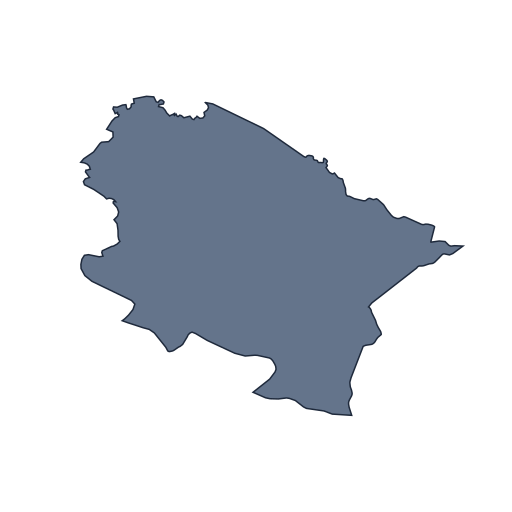 an SVG outline of Alta Verapaz, rotated 17°
{"feature_id": "GTM-1948", "entity_name": "Alta Verapaz", "entity_type": "Department", "adm_level": 1, "iso_a3": "GTM", "parent_name": "Guatemala", "parent_adm1": "", "projection": "albers", "projection_center": [-90.124, 15.617], "detail": "fine", "context": "isolated", "style": "filled", "palette": "slate", "viewbox_px": 512, "rotation_deg": 17, "n_neighbors": 0, "source": "natural_earth", "source_scale": "10m", "svg_char_len": 4338}
<svg xmlns="http://www.w3.org/2000/svg" viewBox="0 0 512 512"><g transform="rotate(17 256 256)"><path d="M162.7,124.1L162.8,124.0L170.2,123.2L226.0,131.9L272.6,146.9L274.4,147.1L274.9,146.8L274.9,146.7L275.1,146.4L275.3,145.8L276.0,145.0L277.2,144.3L280.2,143.9L281.4,144.2L282.1,145.0L282.3,146.0L283.1,146.9L284.1,147.1L285.6,146.8L286.4,146.8L286.8,146.9L287.9,148.1L288.5,148.3L289.3,148.1L290.1,147.8L292.3,147.3L292.8,147.0L293.0,146.8L293.0,146.7L293.0,146.4L292.9,145.9L292.3,143.6L292.4,142.8L292.9,142.7L293.4,142.8L295.5,143.7L296.1,144.1L296.5,144.6L296.5,145.3L296.3,145.9L296.2,146.5L296.0,146.8L296.4,147.5L297.2,148.0L297.7,148.4L297.8,149.0L297.1,151.0L301.8,154.6L304.9,155.2L305.6,154.9L306.8,153.7L311.6,157.0L314.1,157.3L315.7,157.0L316.3,157.4L317.2,158.5L318.1,160.3L321.7,165.1L322.4,166.8L322.8,168.2L324.1,170.8L325.1,171.6L326.0,172.0L326.8,171.8L327.8,171.6L328.9,171.7L333.2,172.4L342.4,171.8L343.9,171.4L344.4,171.1L344.7,170.9L345.0,170.5L346.2,168.8L346.7,168.3L347.2,167.9L347.9,167.6L348.7,167.6L351.1,167.8L351.9,167.7L353.4,166.8L354.4,166.1L355.2,166.2L356.0,166.4L362.5,169.4L363.2,169.8L367.6,173.5L373.3,177.4L374.9,178.2L376.1,178.7L379.8,178.9L381.3,178.5L382.0,178.2L382.6,177.8L385.8,175.2L387.7,175.1L404.7,177.3L405.7,177.3L406.6,177.1L407.3,176.9L407.9,176.5L408.5,176.1L409.7,175.7L411.3,175.3L415.1,175.1L416.9,175.3L418.1,175.7L418.3,176.4L419.0,191.3L419.2,191.6L419.5,191.5L426.8,188.1L432.6,186.9L437.3,189.4L439.5,189.6L442.8,188.1L451.0,186.0L443.5,196.1L440.7,198.4L435.4,198.9L434.4,199.4L433.8,200.0L432.4,202.6L432.1,203.3L428.8,209.5L427.7,210.9L426.8,211.6L423.9,212.9L419.3,216.2L417.9,216.9L415.1,217.8L414.3,218.4L413.7,219.1L413.1,220.6L395.9,245.1L380.5,267.0L378.5,271.8L379.3,272.0L380.5,272.8L381.0,273.2L381.6,273.8L382.0,274.3L383.0,276.1L389.1,282.6L391.3,285.9L393.7,288.5L397.3,291.8L398.3,293.4L398.7,294.5L396.4,298.1L396.1,298.8L395.6,300.2L394.8,303.4L394.2,304.7L393.8,305.3L393.3,305.9L392.8,306.4L392.2,306.8L387.0,309.3L385.4,310.6L384.9,311.1L382.5,344.6L382.6,348.8L382.8,349.8L384.0,352.6L384.6,353.8L386.5,356.3L388.0,359.0L388.3,360.2L388.3,361.7L387.4,366.4L387.3,368.0L387.4,369.2L387.9,370.7L389.2,373.3L394.1,380.4L375.1,384.9L366.3,384.3L348.8,387.0L345.5,386.4L335.9,382.7L329.6,382.4L326.7,382.8L319.1,386.2L311.1,388.4L306.5,388.8L293.0,387.2L305.1,369.7L308.1,361.4L308.3,358.5L307.7,357.1L307.1,355.8L305.8,354.2L302.7,351.3L300.7,350.1L299.6,349.8L298.7,349.6L286.4,350.6L283.9,351.2L274.9,354.8L264.1,355.2L234.1,351.0L220.9,347.8L217.1,347.5L216.0,348.4L215.5,348.9L215.1,349.4L214.4,350.8L214.1,351.4L213.9,353.2L211.7,362.0L209.8,364.7L208.5,365.8L205.2,370.0L204.1,371.1L201.3,372.7L200.2,372.8L199.4,372.6L196.5,369.7L181.3,359.3L175.4,357.4L168.9,357.6L159.7,357.4L153.4,357.3L147.0,357.0L148.8,354.5L151.4,349.8L154.0,343.2L154.2,337.4L149.9,334.9L106.6,328.2L98.1,324.8L92.4,319.2L91.0,315.2L90.5,310.0L91.7,305.5L95.4,303.7L106.3,302.6L109.7,300.9L107.5,297.8L107.5,295.9L115.2,289.0L116.7,288.3L119.7,285.2L121.6,281.8L119.8,280.2L118.4,277.5L116.5,271.7L113.7,265.7L109.6,262.8L112.0,258.2L111.8,254.1L109.1,250.4L103.9,247.1L103.7,245.7L104.1,245.3L104.9,245.3L105.9,245.1L103.7,243.7L101.1,243.3L98.6,243.7L96.4,245.1L93.1,243.3L81.5,239.8L71.2,238.0L69.2,235.3L70.2,232.1L73.9,229.5L72.4,228.5L68.3,225.4L68.3,223.6L69.7,223.1L70.9,222.1L72.2,221.5L70.4,218.9L67.8,217.5L64.6,217.1L61.0,217.6L62.8,213.4L70.3,204.0L73.9,194.0L75.1,192.3L81.7,189.7L84.6,184.1L82.9,179.2L76.1,178.5L78.8,169.0L80.9,164.9L83.7,162.9L83.7,161.0L82.2,160.8L82.0,160.5L82.1,159.9L81.6,159.1L79.7,161.0L77.3,158.2L76.2,157.3L76.2,155.1L79.8,154.3L84.2,150.7L87.3,149.3L87.9,150.2L88.8,152.1L90.1,153.3L92.0,152.2L93.0,149.8L92.5,148.3L92.5,147.1L94.9,145.5L92.9,141.6L104.6,135.3L111.7,133.7L115.5,137.7L117.4,137.7L118.3,135.5L119.5,134.4L121.1,134.5L123.0,135.6L123.0,137.7L121.8,138.3L120.4,139.1L119.1,139.5L119.1,141.6L123.7,141.4L126.4,143.1L128.9,145.4L132.5,147.3L133.3,146.4L135.1,144.9L136.3,143.6L136.7,145.4L137.0,145.5L137.4,144.6L138.0,143.6L139.9,145.5L140.8,145.4L141.9,143.6L143.7,143.6L146.6,144.9L151.9,141.6L155.1,143.7L156.8,143.7L157.2,142.2L158.2,141.0L158.7,139.6L162.0,140.8L164.8,139.6L166.0,137.0L164.3,133.9L166.7,130.7L167.2,128.1L165.9,125.8L162.7,124.1Z" fill="#64748b" stroke="#1e293b" stroke-width="1.5"/></g></svg>